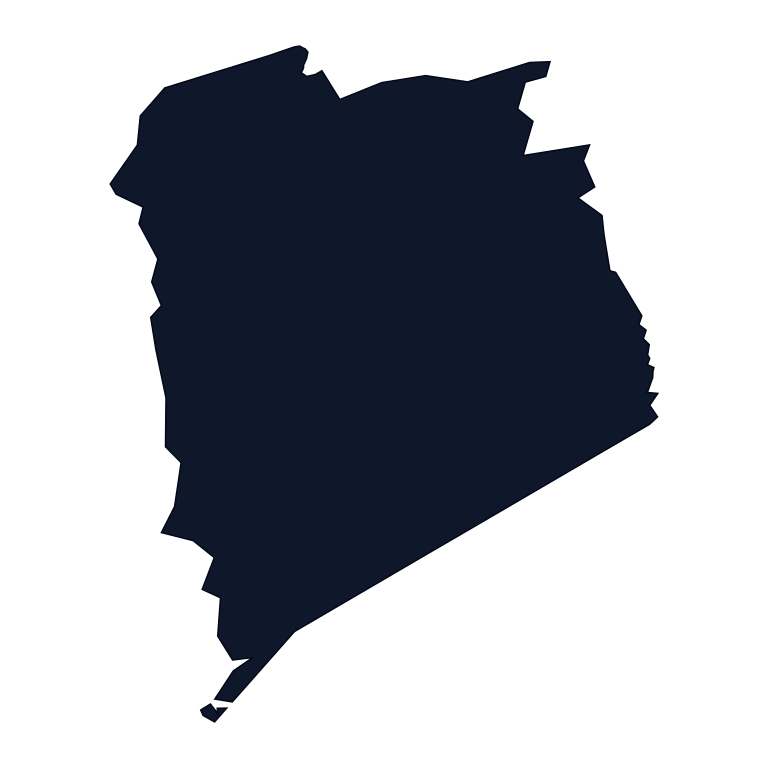 outline of Pickens, South Carolina, United States of America
{"feature_id": "52423323B51993782969568", "entity_name": "Pickens", "entity_type": "district", "adm_level": 2, "iso_a3": "USA", "parent_name": "United States of America", "parent_adm1": "South Carolina", "projection": "robinson", "projection_center": [-82.722, 34.847], "detail": "fine", "context": "isolated", "style": "filled", "palette": "ink", "viewbox_px": 768, "rotation_deg": 0, "n_neighbors": 0, "source": "geoboundaries", "source_scale": "gbopen_adm2", "svg_char_len": 1211}
<svg xmlns="http://www.w3.org/2000/svg" viewBox="0 0 768 768"><path d="M321.9,70.7L315.3,74.5L306.7,76.4L301.2,72.6L302.9,69.5L303.6,67.5L303.6,65.0L304.6,62.9L306.6,58.4L307.9,52.1L305.2,48.9L302.3,47.6L302.2,47.5L299.7,46.1L294.3,46.9L268.4,55.8L164.8,87.9L140.3,115.9L137.4,145.0L110.2,184.0L116.1,194.2L143.1,207.1L139.0,223.8L157.9,259.0L151.7,282.0L161.4,305.6L150.7,317.4L155.9,349.7L166.0,397.9L165.5,446.8L181.1,462.6L174.6,506.5L161.4,532.6L193.1,540.6L214.3,557.6L202.2,589.4L220.5,597.8L217.7,636.1L232.6,660.0L252.8,657.5L233.3,670.9L214.8,699.1L232.3,701.9L241.1,691.9L294.5,631.5L426.9,554.1L474.5,526.4L601.0,452.5L649.7,424.2L657.6,416.8L649.7,405.3L657.8,393.4L647.4,392.5L652.7,377.6L653.0,371.2L653.9,367.6L647.4,364.6L649.7,358.5L647.6,354.9L649.3,344.6L643.3,338.8L646.1,330.2L638.9,324.6L641.8,315.8L615.6,272.3L609.9,270.8L604.0,234.4L602.0,215.5L577.9,197.9L594.7,186.9L583.4,160.9L589.6,144.9L523.1,155.5L533.0,121.4L517.6,108.8L525.3,82.1L545.8,76.4L550.0,61.7L529.6,62.5L467.6,81.9L425.6,75.6L381.7,82.6L339.8,99.5L321.9,70.7ZM214.6,721.9L226.7,708.1L217.2,708.3L217.7,713.5L210.4,704.0L200.7,710.0L203.1,715.5L214.6,721.9Z" fill="#0f172a" stroke="#020617" stroke-width="1.5"/></svg>